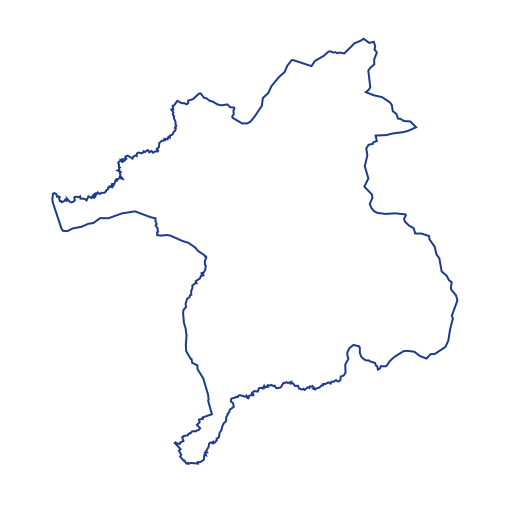 Si Banphot, Phatthalung, Thailand (Albers equal-area conic projection), rotated 169°
{"feature_id": "78962969B76143579725906", "entity_name": "Si Banphot", "entity_type": "district", "adm_level": 2, "iso_a3": "THA", "parent_name": "Thailand", "parent_adm1": "Phatthalung", "projection": "albers", "projection_center": [99.901, 7.693], "detail": "fine", "context": "isolated", "style": "outline", "palette": "blue", "viewbox_px": 512, "rotation_deg": 169, "n_neighbors": 0, "source": "geoboundaries", "source_scale": "gbopen_adm2", "svg_char_len": 6064}
<svg xmlns="http://www.w3.org/2000/svg" viewBox="0 0 512 512"><g transform="rotate(169 256 256)"><path d="M119.9,343.8L119.1,345.2L115.5,345.8L115.6,351.4L104.9,349.8L98.7,350.2L88.0,349.5L83.0,349.8L74.3,351.8L78.8,358.6L85.1,360.3L88.0,363.0L90.4,363.8L91.1,368.6L94.1,372.1L93.9,378.4L95.2,381.2L101.8,387.8L110.1,391.5L116.9,395.9L113.5,397.7L111.6,399.9L110.4,416.5L108.2,418.7L103.3,421.6L102.5,426.4L98.7,432.4L99.0,434.0L100.3,435.8L99.0,438.9L99.5,443.8L104.3,443.6L108.9,448.7L112.2,447.3L118.6,446.1L130.7,438.0L135.0,439.7L137.6,439.6L139.1,440.9L141.4,441.0L144.0,442.7L145.8,442.8L151.2,439.6L161.0,436.2L165.3,431.8L182.3,441.3L183.7,441.3L188.9,436.9L192.8,431.1L199.6,427.1L208.4,419.8L212.9,413.6L219.1,409.8L221.6,402.3L230.5,393.4L235.7,389.0L239.3,387.8L244.3,388.8L252.6,396.1L252.7,397.5L250.7,399.6L250.4,403.1L249.1,404.8L249.2,405.9L253.0,407.0L255.2,410.3L260.7,410.4L264.9,412.1L268.8,415.7L271.9,417.2L274.5,420.2L276.8,421.2L279.4,426.2L280.8,426.3L288.0,422.0L292.9,421.5L293.5,418.8L295.4,418.2L297.0,419.6L299.8,420.2L303.6,423.3L307.8,419.4L309.2,419.3L309.3,415.7L311.1,415.9L309.7,412.8L310.5,411.6L310.5,410.0L309.7,408.9L310.3,407.2L309.4,403.1L310.0,400.0L309.3,399.2L311.2,397.3L310.3,396.7L311.4,394.5L313.3,393.3L314.7,391.2L317.4,390.6L318.1,388.6L319.2,389.7L320.6,387.4L321.9,388.3L322.8,387.3L323.7,388.3L324.5,386.8L326.4,387.1L329.3,385.4L330.6,381.3L333.0,380.0L332.0,378.2L332.4,377.4L334.9,377.9L337.4,377.0L338.5,379.1L340.9,378.1L341.6,380.3L342.3,380.6L344.9,379.3L346.2,380.2L346.3,379.3L348.9,378.7L351.6,380.0L353.4,379.3L354.0,376.9L355.3,377.7L357.6,376.9L358.6,375.2L362.8,379.0L365.1,378.6L365.6,377.8L364.7,376.2L365.9,375.5L367.7,376.2L367.0,374.7L369.2,373.8L369.4,375.9L370.7,376.4L370.7,375.1L372.9,374.6L373.5,373.1L373.0,372.0L373.6,370.1L372.8,369.0L373.6,368.7L373.6,366.9L375.6,366.3L372.8,364.3L373.9,363.2L373.6,361.4L374.5,360.0L372.8,358.7L372.2,357.2L374.5,358.4L378.9,357.8L379.2,357.3L378.0,357.3L377.8,356.6L379.9,356.3L381.2,353.9L383.7,354.1L384.0,353.2L382.6,352.3L384.1,350.8L385.3,351.7L385.1,352.4L386.5,352.3L387.0,351.2L388.1,351.4L388.7,349.7L390.7,349.0L390.9,348.1L392.8,347.0L395.6,347.5L397.7,346.7L399.3,348.6L401.0,346.7L401.8,346.9L401.7,348.0L402.8,347.7L403.3,347.1L402.3,345.1L403.8,344.0L404.8,344.7L404.3,346.3L404.9,346.4L406.5,344.3L409.1,346.5L411.7,342.9L413.3,344.8L417.2,345.8L417.3,348.1L418.5,347.5L422.1,348.7L423.3,348.0L423.1,345.4L424.8,344.2L427.0,343.8L428.5,344.9L430.5,348.2L430.5,346.9L431.3,346.3L432.4,347.8L433.6,346.5L436.5,345.9L436.8,347.0L438.1,347.3L438.3,350.3L437.4,351.2L438.4,352.3L440.1,352.2L440.3,355.0L441.9,356.2L443.4,355.9L445.2,350.1L445.2,346.9L441.7,319.8L440.6,317.5L436.4,316.4L430.9,318.0L421.7,318.0L414.6,319.6L409.4,319.4L401.7,322.9L393.6,321.2L379.5,323.4L366.3,322.9L351.9,314.1L347.5,312.2L348.0,309.2L347.4,306.3L348.7,305.2L347.2,301.5L347.9,299.1L347.5,298.5L348.7,297.6L349.0,295.3L345.1,294.1L339.4,293.6L336.1,292.3L325.2,284.7L319.8,281.8L314.0,275.8L312.1,272.2L306.5,266.6L306.2,265.3L305.2,265.1L305.0,264.1L307.3,260.6L307.7,257.1L307.1,256.1L308.5,252.1L310.6,249.7L312.8,249.5L312.7,248.3L311.3,247.8L311.3,247.0L313.9,246.9L315.3,244.7L320.0,242.8L319.6,240.6L321.0,240.8L324.2,239.0L324.4,237.0L326.4,233.8L326.9,230.3L328.2,230.1L329.2,228.2L331.8,227.1L334.3,222.4L334.3,219.5L337.5,216.8L338.5,213.6L339.5,204.2L338.9,198.5L339.4,191.0L341.8,182.4L342.7,176.0L339.7,167.4L339.0,167.3L339.0,163.3L334.4,159.8L335.0,156.1L331.1,145.9L329.5,128.9L329.9,124.2L330.6,122.9L329.5,109.1L339.3,107.7L339.2,106.3L343.2,106.3L343.0,103.6L346.2,101.5L343.7,97.6L345.5,96.1L348.1,95.9L348.4,95.4L352.1,96.1L354.4,94.3L354.8,94.7L356.3,94.2L356.9,93.1L361.7,93.0L361.9,92.3L363.1,92.1L362.5,88.2L365.9,87.4L366.6,86.1L370.0,87.4L370.5,88.4L371.4,88.0L366.9,80.8L368.8,79.5L367.3,75.1L368.7,73.6L366.0,68.8L365.3,68.9L364.0,65.5L362.2,65.9L361.9,64.8L359.6,65.3L352.6,63.3L352.7,64.7L349.8,64.4L346.1,66.0L344.6,70.8L343.1,69.9L343.5,72.8L341.5,72.6L342.1,74.2L339.0,77.6L337.8,80.8L336.7,81.6L335.5,81.1L333.5,81.8L333.7,80.3L332.3,80.6L329.6,82.7L329.6,84.2L327.0,85.1L325.4,89.5L323.2,91.6L321.6,95.2L319.4,98.1L316.8,99.7L316.0,103.4L314.1,105.5L314.1,106.4L312.4,107.5L310.9,110.2L306.6,112.2L306.6,115.9L308.4,118.0L307.7,120.4L306.8,120.8L303.7,120.9L302.5,121.6L300.9,120.9L300.0,122.2L298.4,122.5L292.8,119.7L292.0,120.6L291.4,118.1L290.7,117.7L290.1,118.5L290.5,119.6L288.0,120.4L285.2,119.8L285.0,120.8L286.3,122.0L285.9,122.6L283.4,123.7L280.2,122.6L278.3,125.6L276.0,125.7L274.6,124.6L272.8,127.0L272.4,125.3L272.0,125.8L269.4,125.3L269.7,126.4L269.0,126.9L266.3,126.1L265.4,126.5L263.6,124.9L262.4,125.2L261.5,122.5L259.7,122.1L256.8,122.3L253.2,126.2L252.6,125.7L250.0,126.3L248.9,125.2L245.5,125.7L246.3,124.2L244.0,124.0L242.5,121.0L239.5,120.6L239.1,117.7L236.2,116.1L234.7,116.6L233.9,115.3L230.3,117.2L228.9,116.3L228.1,117.7L226.5,117.2L225.4,117.6L224.1,115.3L225.1,114.9L223.3,113.6L222.5,114.4L218.8,114.8L216.3,116.5L214.9,116.2L214.4,117.6L212.3,117.1L209.1,118.1L207.1,116.5L206.0,118.2L203.8,117.8L201.1,118.9L199.6,117.2L198.6,117.2L196.8,118.2L195.8,121.5L192.8,121.9L190.4,124.4L189.1,132.4L184.9,137.5L185.3,141.3L184.7,144.0L181.9,147.7L177.3,150.1L172.1,147.7L171.6,146.2L172.6,140.9L171.8,136.9L169.6,133.8L167.5,132.4L165.2,132.0L164.1,130.7L159.5,128.3L159.2,125.6L158.0,124.5L158.0,121.2L155.8,121.9L154.4,124.0L150.1,123.0L148.7,123.3L144.9,127.2L139.6,130.5L129.3,134.4L125.5,134.0L118.8,131.8L114.3,126.6L108.2,122.8L103.4,126.3L99.3,125.7L87.4,130.6L83.4,136.2L79.6,146.6L74.6,157.3L75.2,159.9L66.8,173.9L67.1,179.0L70.8,185.9L70.7,188.1L68.9,192.8L71.2,195.5L72.7,200.4L76.7,205.4L76.5,218.8L78.5,223.0L78.9,231.1L82.5,239.2L82.4,242.6L89.4,246.5L95.4,247.7L95.9,253.1L100.1,256.8L103.4,261.6L103.5,264.4L101.1,267.4L101.3,268.3L111.1,271.3L120.9,272.6L128.5,275.1L131.6,277.5L133.7,281.4L134.4,285.4L130.6,290.9L130.5,294.3L136.4,303.4L130.9,310.7L132.1,323.4L127.5,333.5L127.2,340.6L124.2,343.7L119.9,343.8Z" fill="none" stroke="#1e3a8a" stroke-width="2"/></g></svg>